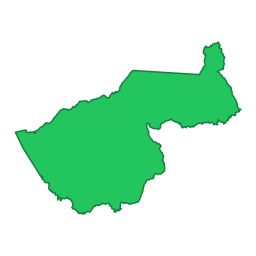 Alto Paraíso de Goiás, Goiás, Brazil (Albers equal-area conic projection)
{"feature_id": "56859067B58391691599305", "entity_name": "Alto Paraíso de Goiás", "entity_type": "district", "adm_level": 2, "iso_a3": "BRA", "parent_name": "Brazil", "parent_adm1": "Goiás", "projection": "albers", "projection_center": [-47.466, -14.162], "detail": "fine", "context": "isolated", "style": "filled", "palette": "green", "viewbox_px": 256, "rotation_deg": 0, "n_neighbors": 0, "source": "geoboundaries", "source_scale": "gbopen_adm2", "svg_char_len": 5851}
<svg xmlns="http://www.w3.org/2000/svg" viewBox="0 0 256 256"><path d="M240.6,109.4L239.6,109.3L238.8,108.8L238.1,107.8L237.3,106.9L237.4,104.8L236.8,103.0L235.9,100.4L234.7,98.2L232.7,95.5L232.3,94.3L232.0,93.3L232.0,91.8L231.6,91.0L231.5,90.0L231.1,89.0L231.2,88.0L230.6,87.0L229.6,86.1L228.7,85.9L228.2,84.4L226.9,83.2L226.7,81.9L226.4,81.0L225.5,80.3L225.2,79.2L224.6,78.4L223.8,78.0L222.4,76.9L222.1,75.6L221.0,75.0L219.9,73.8L219.5,73.0L218.6,72.3L217.5,71.8L221.3,69.2L222.2,69.6L223.0,69.5L223.4,68.8L223.6,66.5L223.5,65.3L224.3,64.3L223.9,62.6L223.5,61.6L223.9,60.9L223.9,59.3L224.7,57.3L223.1,55.2L223.1,54.3L222.5,53.3L221.5,52.6L221.3,51.5L221.8,50.5L221.4,49.5L221.4,48.5L219.4,48.2L219.0,47.0L220.0,46.1L220.0,45.0L219.1,44.2L218.5,42.2L217.5,42.6L217.0,43.3L215.8,43.3L214.9,43.5L214.2,44.0L212.8,44.1L211.6,46.1L210.9,45.5L210.3,46.3L209.7,46.7L209.0,47.4L207.8,47.4L205.8,46.3L205.5,47.2L204.6,47.6L204.6,48.7L203.8,49.5L203.8,50.6L203.3,51.8L203.6,53.4L205.1,53.7L204.8,54.7L205.7,55.0L205.4,56.1L205.4,57.0L204.7,58.9L204.7,60.1L204.3,60.8L204.8,63.3L205.2,64.3L204.7,65.9L203.5,67.0L202.9,68.3L202.4,69.4L201.9,70.5L201.0,71.5L199.4,74.6L132.8,70.5L130.7,72.6L130.0,73.4L129.5,74.6L127.3,77.4L125.5,79.4L124.9,80.4L123.2,82.0L122.4,82.9L121.9,83.6L121.3,85.2L120.2,86.5L119.7,88.5L119.8,89.7L119.2,90.5L118.1,91.6L117.4,92.4L116.3,91.8L115.2,91.7L114.5,93.6L113.5,93.6L112.7,92.6L112.0,93.2L110.5,95.0L109.6,96.4L109.1,97.8L106.3,97.6L106.0,96.6L103.9,95.2L102.0,95.9L101.4,96.7L100.6,97.1L99.5,98.3L98.2,98.0L97.1,98.6L95.9,98.9L94.8,99.4L93.9,99.4L92.7,99.6L91.1,100.3L90.8,101.4L89.1,102.0L88.0,102.6L87.1,101.9L87.1,101.1L83.9,100.8L82.0,101.5L80.3,101.2L79.5,101.5L77.5,104.5L76.2,105.0L75.3,106.5L74.2,107.3L73.3,106.5L72.5,107.3L71.3,109.2L69.3,109.6L67.9,109.7L66.6,109.4L65.8,109.1L64.8,109.1L63.6,108.7L62.3,109.5L61.2,109.9L59.4,111.3L58.7,113.0L57.0,114.2L56.8,115.1L53.8,118.2L52.6,120.1L52.0,121.3L51.0,121.9L49.9,123.0L48.9,123.6L47.7,123.0L46.5,123.4L46.0,122.9L45.4,123.5L44.3,124.4L43.2,126.0L40.4,127.5L39.1,128.8L38.3,130.2L37.1,130.3L35.5,131.2L35.8,132.2L35.2,133.0L34.3,133.0L34.2,131.7L33.2,132.0L30.0,132.1L29.1,132.5L28.3,132.6L26.1,131.8L26.3,130.3L24.5,130.2L15.4,132.3L23.6,149.1L24.2,150.0L41.1,176.8L41.6,176.1L42.7,176.9L42.0,179.0L44.1,180.2L44.5,181.7L45.1,182.5L46.1,182.6L47.1,182.6L48.2,182.9L49.1,182.9L48.9,185.3L49.1,186.4L48.8,187.4L48.8,188.4L49.1,189.2L49.7,190.0L51.1,190.4L51.0,191.4L52.2,191.5L52.6,192.6L53.7,192.9L54.9,192.7L55.3,193.6L55.0,194.5L55.6,195.1L57.2,195.0L58.0,195.9L57.5,197.0L57.8,199.6L58.6,198.9L59.1,198.0L59.8,197.2L60.2,197.9L60.4,199.3L60.4,200.6L61.2,200.2L61.8,199.0L62.5,198.3L63.4,198.5L64.2,198.7L65.1,198.6L67.5,197.3L67.7,198.3L68.5,198.9L69.3,198.9L70.3,199.0L70.6,200.1L71.6,201.1L72.3,202.2L72.5,203.3L73.0,204.4L72.9,205.4L72.6,206.7L71.8,207.2L72.3,208.1L73.1,209.0L74.0,208.8L75.3,209.1L75.7,210.1L77.3,211.3L78.4,211.6L78.0,212.7L79.0,213.4L80.6,213.1L81.9,213.7L83.3,212.9L83.2,213.8L84.5,213.8L85.3,213.2L86.0,212.3L86.8,211.9L87.8,211.5L88.8,211.5L89.5,212.2L90.5,211.5L91.2,210.4L91.8,209.4L92.5,208.6L93.7,206.6L94.4,205.7L95.2,206.2L96.3,205.2L98.1,205.5L99.2,205.4L100.6,204.3L101.7,204.1L102.4,203.3L103.4,203.7L105.2,204.1L108.0,203.3L109.2,203.8L109.8,205.4L111.5,206.6L111.7,207.8L112.0,208.7L113.2,209.1L114.5,209.4L114.0,211.0L114.5,212.0L115.5,211.9L116.6,211.2L116.3,210.3L117.5,209.7L118.0,210.5L119.3,210.6L121.1,208.8L119.9,208.4L120.2,207.0L120.6,202.7L121.5,202.4L122.8,202.5L123.6,203.3L124.5,203.0L125.7,203.2L126.7,202.9L127.7,203.2L128.8,203.7L129.5,204.4L132.0,203.5L133.0,203.4L134.4,202.8L135.7,202.8L136.2,202.2L137.6,202.2L139.3,200.3L139.7,199.1L140.4,197.6L140.9,196.0L141.0,195.1L141.7,194.2L142.0,193.4L142.2,192.5L142.9,191.1L143.0,188.7L143.5,188.1L143.6,187.1L144.1,185.1L144.1,184.3L144.9,183.8L145.2,183.0L145.7,182.3L146.2,181.4L146.6,180.3L148.2,179.8L149.2,179.8L149.9,179.1L151.2,178.6L152.4,178.8L153.9,177.3L153.5,176.4L154.1,175.6L155.3,173.5L156.3,173.7L157.5,174.4L158.7,173.9L160.4,174.0L161.4,173.5L163.1,172.3L163.7,171.6L164.4,171.0L164.7,169.8L164.5,168.4L164.6,167.5L164.6,166.5L164.4,165.6L164.1,164.7L164.4,163.2L163.4,162.3L162.5,161.7L163.2,160.7L162.8,158.5L163.3,157.7L163.6,156.2L162.7,154.5L162.4,153.2L161.5,152.3L160.0,150.1L159.5,149.1L159.7,147.8L160.6,147.0L160.9,146.0L160.2,144.9L159.3,143.8L158.2,144.1L156.9,142.9L156.2,142.3L155.2,142.0L153.0,141.6L152.2,140.0L150.7,138.5L149.8,137.2L149.4,136.1L148.8,135.3L148.3,134.4L148.7,133.6L148.8,132.3L148.3,130.7L147.7,129.3L146.9,128.0L146.7,126.6L146.7,124.5L146.8,123.4L147.7,123.6L149.8,124.2L149.3,124.8L149.2,125.9L150.3,127.1L152.5,128.0L153.4,128.6L155.6,128.5L157.9,129.2L158.9,129.1L160.4,127.9L160.5,126.1L160.8,124.3L161.6,123.5L164.0,122.4L165.3,121.1L166.8,121.0L168.0,120.3L169.8,120.0L170.8,119.1L171.7,119.5L172.3,120.4L173.3,120.9L174.8,121.1L175.2,121.9L176.2,122.2L177.2,122.3L178.0,122.7L179.4,122.7L178.9,123.6L179.8,124.0L180.7,124.1L180.5,124.9L181.4,125.7L181.6,127.1L182.2,127.8L184.2,127.1L185.3,127.0L186.4,127.6L186.6,126.7L187.3,126.2L188.6,126.5L189.6,126.8L190.6,127.3L191.4,126.5L192.7,126.3L193.2,127.0L195.7,125.0L196.7,124.5L197.7,123.5L198.6,123.3L199.5,123.2L200.4,123.3L201.6,123.1L202.2,124.1L203.5,123.1L204.2,122.3L205.9,122.6L207.1,122.5L208.3,122.1L209.6,123.3L211.5,122.3L213.5,123.5L213.9,124.6L214.8,123.9L216.3,124.6L217.5,124.6L216.9,123.3L218.0,122.1L217.5,121.4L218.3,120.9L218.4,120.0L220.2,121.5L221.3,122.1L223.6,122.4L223.8,123.8L224.9,123.3L225.7,122.8L225.6,121.6L227.8,120.4L228.4,119.9L227.8,119.3L229.8,117.9L229.0,117.0L230.5,116.1L231.2,116.6L231.3,115.5L232.1,115.1L233.1,114.8L234.3,115.5L235.3,115.4L235.7,114.1L235.4,112.9L236.5,112.2L237.7,111.9L238.6,111.9L238.7,110.8L239.5,111.1L239.8,110.2L240.6,109.4Z" fill="#22c55e" stroke="#15803d" stroke-width="1.5"/></svg>